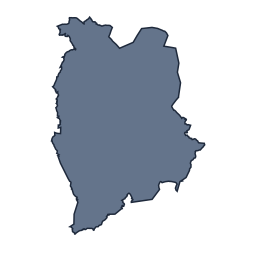 Tuxpan, Michoacán, Mexico, rotated 93°
{"feature_id": "50627088B72618963971649", "entity_name": "Tuxpan", "entity_type": "district", "adm_level": 2, "iso_a3": "MEX", "parent_name": "Mexico", "parent_adm1": "Michoacán", "projection": "albers", "projection_center": [-100.476, 19.578], "detail": "fine", "context": "isolated", "style": "filled", "palette": "slate", "viewbox_px": 256, "rotation_deg": 93, "n_neighbors": 0, "source": "geoboundaries", "source_scale": "gbopen_adm2", "svg_char_len": 5813}
<svg xmlns="http://www.w3.org/2000/svg" viewBox="0 0 256 256"><g transform="rotate(93 128 128)"><path d="M166.7,193.6L181.5,185.2L184.3,183.4L184.7,182.5L185.2,182.2L185.7,182.1L188.9,182.5L190.7,181.2L191.8,181.2L191.7,180.8L196.5,179.1L197.3,178.6L199.1,176.8L199.8,175.2L200.1,175.2L201.2,175.8L202.0,175.7L201.8,174.9L202.0,174.5L202.3,174.5L202.9,175.2L203.1,175.2L203.5,174.8L204.9,174.2L216.9,177.3L226.8,177.0L229.6,180.8L229.8,179.6L230.5,179.0L231.2,178.1L231.6,177.9L232.5,178.4L233.0,178.1L234.2,178.0L234.6,177.7L234.9,176.9L235.6,175.9L236.5,175.8L236.7,175.6L236.5,175.0L235.5,174.3L233.6,171.8L233.0,170.7L232.7,169.1L231.6,167.9L231.3,167.2L231.5,167.2L231.0,166.7L231.1,166.2L231.6,165.8L231.6,165.3L231.5,164.9L230.5,163.8L230.3,163.3L230.2,159.9L230.1,159.2L230.4,158.0L231.7,157.3L231.9,156.9L231.6,156.5L230.4,156.4L229.6,155.6L228.7,155.1L228.2,154.2L228.2,153.0L228.1,152.6L227.5,152.2L226.9,151.9L225.9,149.6L225.6,149.4L223.1,148.8L221.9,147.9L221.5,147.0L220.7,146.0L218.7,144.4L218.0,144.3L217.5,144.8L217.0,144.5L216.5,143.8L215.4,143.7L215.3,143.2L215.5,142.9L215.9,142.7L215.9,142.4L215.7,142.3L215.1,142.2L214.7,136.5L209.1,130.4L208.8,129.5L208.5,129.6L207.8,130.5L207.6,130.4L206.9,129.7L206.3,129.9L205.8,129.8L205.7,129.7L206.5,128.7L206.4,128.2L204.3,127.6L203.6,128.0L202.6,129.3L201.2,129.3L200.6,130.4L199.7,129.2L198.7,127.3L197.8,127.1L196.6,125.8L195.6,125.2L195.2,125.5L194.8,125.4L193.8,124.6L193.1,123.7L193.3,123.1L194.3,122.1L196.1,121.1L197.6,120.3L198.1,120.7L198.6,120.3L198.9,119.6L199.1,119.4L199.6,119.5L200.5,120.4L200.9,120.7L201.6,120.9L202.1,120.8L198.0,100.2L187.7,93.3L187.1,93.5L185.4,94.2L184.4,94.2L183.5,94.5L180.4,93.3L179.8,92.6L179.9,92.1L180.8,91.1L180.2,89.6L179.6,87.7L179.0,84.4L179.2,83.5L179.1,82.3L179.8,77.8L180.5,76.7L181.6,76.1L182.9,76.7L185.6,77.5L187.7,76.7L188.0,76.2L188.6,75.6L178.8,73.3L177.7,71.8L178.3,71.6L178.0,70.7L177.3,71.2L174.4,67.4L167.2,64.4L165.5,64.3L163.9,63.1L161.0,63.2L160.4,63.7L159.9,63.9L158.3,63.5L157.7,63.2L157.3,63.2L156.3,61.5L154.6,60.5L154.4,59.4L153.9,59.1L152.7,58.9L151.5,59.2L150.0,59.7L148.4,59.4L148.1,59.6L147.8,59.3L147.5,59.3L147.1,58.8L147.0,57.2L146.1,55.2L146.2,54.7L143.9,52.9L142.9,51.9L141.8,51.3L141.0,50.6L140.4,50.6L140.1,50.9L139.3,51.0L139.2,54.7L139.0,56.8L137.2,57.8L136.9,58.4L136.3,59.3L135.9,59.4L135.3,60.5L135.3,61.4L135.7,61.7L136.0,62.3L136.2,63.4L135.1,63.9L135.2,64.2L135.1,64.5L135.3,64.9L135.2,65.1L134.8,65.4L134.8,65.8L134.6,66.2L134.6,66.5L134.2,66.7L133.4,66.9L133.3,67.6L132.0,68.6L132.4,70.1L130.2,71.2L129.6,71.0L129.2,70.6L129.7,69.0L129.6,68.7L129.2,68.5L127.9,69.1L127.6,68.9L126.5,67.1L125.5,66.7L122.0,65.6L121.5,68.1L121.8,69.1L120.8,70.4L120.9,71.2L119.8,71.5L118.9,71.4L117.9,71.0L117.1,70.3L116.3,70.2L116.2,70.4L116.4,71.1L116.2,71.6L115.7,71.2L114.7,73.0L114.6,73.8L114.8,74.4L115.5,74.8L112.6,77.1L109.8,80.4L108.9,81.1L107.7,82.6L107.9,83.2L105.3,84.9L104.9,85.2L103.9,85.5L102.1,84.5L97.7,81.5L94.6,79.1L94.0,79.2L80.1,77.9L69.7,81.6L60.6,80.6L45.8,84.6L45.3,88.3L44.4,96.5L33.6,93.0L31.0,94.6L29.4,96.4L29.3,97.7L28.8,98.5L27.0,103.7L26.3,109.3L28.0,119.6L35.2,123.7L42.2,127.3L48.8,140.6L45.2,144.1L42.0,148.0L40.5,149.1L37.9,152.0L34.9,150.9L31.5,150.0L28.4,148.9L26.6,151.3L26.5,152.2L26.5,153.3L26.6,154.6L26.4,155.6L27.0,158.0L27.4,158.5L27.4,159.0L27.6,159.6L27.3,160.2L27.2,160.3L27.0,161.5L26.8,161.4L26.7,161.6L26.6,162.2L26.8,163.0L26.6,163.4L26.2,164.2L26.0,164.3L25.8,165.0L25.4,164.7L25.1,164.8L24.9,165.4L24.0,166.1L23.7,166.6L23.9,167.2L23.7,167.5L23.8,168.5L23.1,169.3L22.0,169.8L21.2,170.6L20.6,170.8L20.1,171.5L19.3,172.1L21.0,173.2L22.4,175.1L23.0,175.5L24.1,177.4L26.3,177.4L26.1,177.9L24.4,179.9L23.8,181.1L21.2,184.4L20.7,185.6L20.7,187.6L20.9,188.9L20.8,190.4L20.9,191.2L20.9,192.2L21.3,192.4L22.3,192.2L22.7,192.0L23.3,192.0L24.4,192.4L26.2,192.4L26.8,193.0L27.4,194.0L27.7,195.2L27.6,196.3L27.8,197.6L27.8,198.9L30.1,203.9L30.5,203.3L31.3,202.7L32.4,202.4L32.7,202.0L33.0,200.7L33.4,200.6L33.9,200.8L34.0,201.1L35.9,200.7L37.8,201.5L38.4,201.6L38.9,201.2L38.6,199.7L38.8,198.6L38.3,198.1L38.5,197.7L38.4,197.4L37.9,197.0L37.8,196.3L37.0,195.8L36.9,195.5L37.0,195.4L38.4,195.9L38.6,195.9L39.7,195.4L39.8,193.4L39.4,193.0L38.7,192.8L39.6,191.5L42.1,190.2L43.1,190.4L43.9,190.3L45.9,188.7L47.4,187.7L48.0,187.6L48.3,187.1L48.9,186.5L50.4,186.1L51.0,185.2L51.9,184.3L52.6,184.5L52.0,186.3L52.9,187.4L52.8,188.3L53.1,189.2L54.0,190.6L54.7,191.1L54.8,191.9L55.3,192.9L55.9,193.6L57.6,194.9L58.2,195.0L59.0,194.9L59.8,195.3L60.1,196.4L60.7,197.2L61.1,195.6L61.6,195.8L63.2,195.4L65.2,196.1L65.7,196.9L67.3,197.4L70.9,198.9L70.3,197.6L71.2,197.4L72.9,197.4L74.7,198.6L75.5,198.6L75.9,198.7L76.6,199.5L77.7,200.1L78.9,200.5L79.8,200.5L80.3,200.6L80.5,200.9L80.7,201.8L82.7,201.8L83.9,202.1L87.4,203.5L89.3,204.1L90.2,204.7L90.7,205.4L93.7,202.2L94.0,202.1L94.2,202.5L94.6,202.5L95.1,202.1L96.7,201.3L96.6,201.1L95.9,200.5L95.6,200.1L96.9,200.1L97.7,199.6L98.7,199.1L99.6,199.2L99.8,199.3L99.9,199.8L101.4,200.1L102.7,201.2L103.5,200.9L103.6,200.1L105.2,200.1L105.3,200.5L106.2,200.6L106.5,200.3L107.0,200.3L107.0,200.2L107.6,200.4L107.6,200.5L108.4,199.8L109.5,199.6L109.8,199.9L110.7,200.3L111.5,201.1L113.6,200.3L114.6,200.1L115.4,199.5L116.4,199.1L119.6,199.1L119.7,198.4L120.2,198.3L120.1,197.8L120.9,198.1L121.4,198.9L121.9,197.9L122.0,197.2L124.3,196.0L124.3,195.8L125.6,195.8L125.6,196.2L127.7,195.8L127.8,196.2L128.5,196.4L128.5,196.6L128.8,196.8L128.7,197.7L131.7,197.7L130.9,195.2L137.1,195.1L137.1,197.5L136.9,199.2L136.3,201.0L139.3,200.7L140.9,202.6L142.6,203.3L145.0,203.7L145.1,203.0L146.2,202.8L147.7,202.0L148.3,201.3L149.9,200.8L151.3,199.9L152.8,199.2L154.5,197.4L156.7,197.6L157.0,197.8L158.4,195.5L159.3,196.7L160.0,195.7L160.4,196.2L166.7,193.6Z" fill="#64748b" stroke="#1e293b" stroke-width="1.5"/></g></svg>